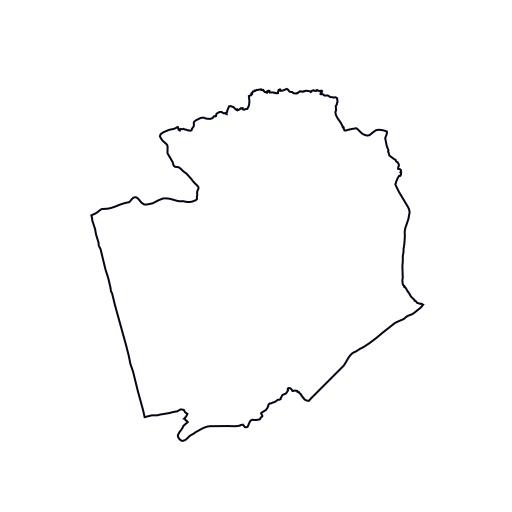 outline of Koulpelogo, Koulpélogo, Burkina Faso, rotated 62°
{"feature_id": "67063806B92956545078683", "entity_name": "Koulpelogo", "entity_type": "district", "adm_level": 2, "iso_a3": "BFA", "parent_name": "Burkina Faso", "parent_adm1": "Koulpélogo", "projection": "natural_earth1", "projection_center": [0.149, 11.415], "detail": "fine", "context": "isolated", "style": "outline", "palette": "ink", "viewbox_px": 512, "rotation_deg": 62, "n_neighbors": 0, "source": "geoboundaries", "source_scale": "gbopen_adm2", "svg_char_len": 6120}
<svg xmlns="http://www.w3.org/2000/svg" viewBox="0 0 512 512"><g transform="rotate(62 256 256)"><path d="M190.2,107.6L188.4,113.2L187.2,118.3L186.7,118.9L184.9,118.7L183.2,118.9L183.2,118.3L181.9,118.7L178.1,118.6L172.6,119.3L168.7,119.2L166.1,118.3L165.0,116.9L161.1,115.2L160.0,113.3L159.1,112.9L158.6,112.0L157.7,111.4L155.8,110.8L155.0,110.3L154.0,110.7L153.0,111.6L152.5,113.3L152.1,113.5L151.4,114.4L150.5,115.9L148.8,116.7L147.8,117.5L146.5,120.2L144.3,121.2L144.0,121.6L143.9,122.4L143.4,123.0L142.9,122.8L142.3,121.8L142.2,121.1L141.5,120.2L141.0,120.3L140.4,121.5L140.5,122.2L140.2,122.6L138.1,124.2L138.0,124.6L138.6,125.1L137.9,126.4L137.4,127.0L136.6,127.4L136.5,127.7L136.6,128.1L136.4,129.3L136.9,130.0L136.9,130.5L136.4,130.4L133.5,134.3L133.4,135.7L133.0,136.0L133.2,136.9L132.8,137.3L132.8,137.8L132.1,138.4L132.1,138.8L131.5,139.4L131.2,140.1L131.5,140.6L131.3,141.8L131.8,142.9L131.4,143.2L131.4,144.3L129.8,146.5L128.3,147.0L127.2,148.7L126.6,149.2L125.2,149.6L124.2,149.6L122.9,150.4L122.5,154.8L121.6,156.9L120.4,156.4L120.0,157.0L120.1,158.2L121.7,159.7L122.5,160.1L121.8,161.9L120.9,162.4L120.5,163.4L120.0,163.6L118.8,165.5L118.2,167.0L117.1,167.1L116.4,166.7L116.2,167.0L115.8,167.8L115.9,169.3L117.0,169.2L117.1,169.6L115.7,170.5L115.6,171.1L114.4,171.6L112.8,171.6L112.4,172.7L112.0,173.3L111.4,173.1L110.9,174.0L110.2,176.6L109.7,177.3L109.8,178.2L109.3,179.3L109.8,179.6L109.3,181.3L109.7,181.8L110.2,183.6L111.1,183.3L111.3,183.6L111.5,184.6L111.8,184.9L111.4,186.2L111.4,187.2L115.9,189.0L118.7,190.7L120.5,192.4L122.0,194.6L121.2,197.0L121.3,197.8L120.1,198.9L119.8,199.0L119.6,198.6L119.2,198.4L118.4,200.0L118.8,201.6L118.7,204.0L118.2,204.4L117.5,204.0L117.2,205.0L113.6,206.1L113.3,206.7L111.8,207.9L111.2,209.5L114.1,213.1L115.2,213.8L115.3,214.4L115.6,214.8L116.9,215.3L116.3,215.8L115.4,215.8L115.1,217.2L113.7,218.4L113.0,218.5L112.2,219.6L111.7,220.8L111.8,223.5L112.1,224.4L113.7,225.7L113.6,226.5L113.2,226.8L112.9,227.4L113.7,229.5L113.8,230.5L113.4,232.1L112.0,234.5L110.8,236.0L109.4,237.1L108.4,239.1L108.1,240.3L108.0,245.7L108.4,247.5L108.8,248.1L109.1,248.2L109.9,248.8L111.2,249.3L112.3,250.3L112.7,250.9L113.5,252.7L114.7,253.8L114.7,254.7L114.3,255.6L113.6,256.1L113.1,257.2L111.5,258.5L111.3,259.0L110.6,259.7L109.8,260.1L109.6,260.5L109.5,261.5L108.3,263.2L108.4,263.7L109.4,264.3L109.1,264.6L108.3,265.1L107.0,264.9L106.3,264.5L105.4,264.5L105.2,264.8L105.4,267.0L105.2,268.8L103.8,273.6L103.4,277.9L103.3,280.1L103.6,282.5L104.1,283.6L105.3,284.7L109.1,284.6L110.7,284.2L115.6,282.4L117.0,282.4L118.5,283.0L123.3,285.7L124.1,285.9L133.7,285.5L137.0,286.2L138.2,286.1L139.2,285.6L141.2,282.8L141.9,282.3L143.7,281.5L147.2,280.4L150.6,278.7L157.9,276.9L160.3,276.6L163.6,275.7L165.9,274.9L168.0,274.5L169.3,275.0L171.2,277.4L172.3,278.2L174.9,279.4L176.0,280.5L177.9,281.3L178.5,283.0L178.0,286.8L177.5,288.5L176.1,291.3L173.1,295.0L172.5,296.6L170.7,299.3L165.2,305.0L163.6,307.3L162.5,309.0L161.6,311.0L161.0,315.7L161.0,322.2L160.2,325.3L158.9,329.2L157.9,330.6L154.9,332.2L150.6,333.0L148.7,333.8L147.7,334.5L147.2,335.7L147.0,336.9L147.2,337.8L147.6,339.2L148.7,341.8L148.9,342.7L148.7,343.6L147.8,346.4L146.8,351.8L146.2,357.6L145.4,362.1L144.5,365.0L142.5,369.3L142.2,370.2L142.1,371.2L143.0,376.1L143.1,377.9L142.8,382.3L145.1,382.8L147.9,383.9L156.5,385.4L162.2,387.2L170.1,388.7L173.1,390.0L176.8,390.0L197.5,395.3L206.4,396.9L215.4,399.3L219.0,400.6L221.4,400.6L233.6,403.7L274.2,412.7L284.0,415.1L292.4,417.6L300.2,418.8L320.4,423.9L339.2,428.1L346.0,430.0L347.8,422.7L350.3,418.0L351.0,415.1L353.9,406.5L354.9,402.3L356.2,398.3L356.0,395.2L356.3,394.1L358.0,392.0L360.6,392.0L363.2,390.7L364.9,393.0L365.9,395.8L366.4,395.2L368.0,395.3L368.6,394.7L370.6,394.2L371.9,399.8L373.1,401.3L374.6,404.0L375.4,406.0L377.2,408.7L378.2,409.5L379.4,409.7L381.0,409.7L382.5,409.3L384.1,408.5L384.9,407.4L385.2,405.5L385.1,403.6L383.8,399.1L383.6,397.5L383.6,394.7L383.2,391.7L383.1,384.2L383.3,381.7L383.8,378.8L384.8,376.3L392.9,360.7L396.7,354.0L398.2,350.0L398.0,349.3L398.2,348.4L398.8,346.7L401.7,346.2L402.2,345.8L402.8,344.5L402.8,343.5L399.7,339.6L399.1,338.7L398.8,337.9L398.8,336.7L399.0,335.8L399.9,334.8L400.1,334.1L400.6,333.4L400.9,332.6L401.3,331.9L401.5,330.8L401.8,330.4L401.9,329.7L401.9,328.9L400.9,327.7L400.7,326.2L400.4,325.6L399.5,325.3L397.8,325.5L397.0,325.0L396.6,319.4L396.3,319.0L395.4,317.0L394.8,316.5L394.0,315.4L393.5,315.2L392.8,314.1L392.7,313.1L393.2,311.7L393.3,309.7L393.7,307.9L393.2,304.3L393.8,303.1L393.9,301.4L393.2,300.9L391.4,298.4L391.1,297.3L391.5,294.4L390.7,292.5L389.6,290.7L388.5,290.6L387.8,289.5L388.6,288.1L389.9,287.4L391.3,287.1L391.8,287.3L392.4,287.0L392.7,286.4L392.8,285.4L393.2,284.7L394.5,282.9L395.4,283.2L396.5,281.9L397.4,282.1L398.9,281.3L399.8,281.3L400.5,281.5L401.2,281.1L402.4,281.0L402.8,281.2L403.3,280.8L404.0,280.6L405.3,280.6L407.5,279.1L408.7,277.3L407.6,274.4L394.0,230.1L393.0,228.2L389.2,222.0L387.9,219.3L387.1,216.6L387.0,215.3L387.2,212.6L386.8,207.6L386.9,204.3L386.3,197.3L384.9,188.4L383.2,180.4L380.5,165.6L380.4,162.7L381.0,155.1L380.4,152.4L380.1,150.3L380.7,145.7L380.6,143.8L378.9,134.8L377.5,131.3L375.6,132.5L375.4,133.3L374.8,134.1L374.4,134.2L373.1,135.7L370.9,136.1L370.0,137.0L369.2,136.7L364.7,138.2L359.2,138.4L359.0,138.7L354.5,138.8L352.8,139.7L352.4,139.5L352.3,139.1L350.9,139.7L349.0,139.4L346.0,138.1L344.0,136.6L333.3,131.3L329.3,128.7L324.8,126.3L321.9,124.0L318.9,122.3L315.9,120.0L312.2,117.6L308.4,115.3L304.2,113.2L301.6,111.2L294.8,104.0L289.3,99.7L286.3,98.9L284.2,98.8L266.3,99.7L258.5,99.4L258.0,99.2L257.2,98.2L256.5,97.7L253.6,94.1L252.4,92.0L253.0,91.3L252.9,90.9L252.4,90.4L252.3,89.8L251.3,89.4L250.8,88.8L249.9,89.2L249.1,88.0L247.8,87.8L247.0,88.1L245.7,89.6L244.1,88.5L243.6,87.7L242.7,87.1L242.1,86.9L239.6,87.0L238.2,87.9L236.7,87.6L235.4,88.5L230.1,91.0L229.2,91.0L228.2,90.6L225.7,90.3L225.1,89.5L219.8,88.8L212.6,86.6L209.7,83.3L208.4,82.4L207.5,82.0L204.7,84.7L202.3,88.1L201.6,89.8L201.3,91.3L201.7,94.4L202.6,99.1L201.8,101.4L200.0,103.3L197.6,104.9L191.4,106.9L190.2,107.6Z" fill="none" stroke="#020617" stroke-width="2"/></g></svg>